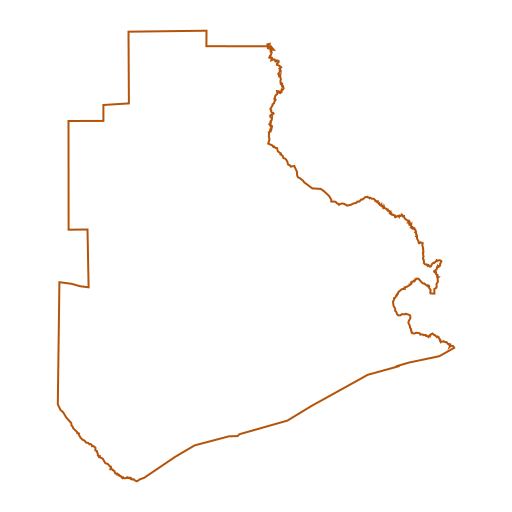 Sinda, Eastern, Zambia (Robinson projection)
{"feature_id": "96606910B72426001037260", "entity_name": "Sinda", "entity_type": "district", "adm_level": 2, "iso_a3": "ZMB", "parent_name": "Zambia", "parent_adm1": "Eastern", "projection": "robinson", "projection_center": [31.868, -14.258], "detail": "fine", "context": "isolated", "style": "outline", "palette": "amber", "viewbox_px": 512, "rotation_deg": 0, "n_neighbors": 0, "source": "geoboundaries", "source_scale": "gbopen_adm2", "svg_char_len": 6014}
<svg xmlns="http://www.w3.org/2000/svg" viewBox="0 0 512 512"><path d="M350.6,204.9L346.9,205.6L346.3,204.8L345.3,204.7L344.4,203.9L342.4,203.5L340.0,204.0L339.0,204.8L337.9,203.6L336.7,203.2L336.2,202.3L334.8,201.6L331.3,201.6L331.2,199.6L329.1,196.0L324.0,191.2L320.7,188.9L312.3,188.4L303.9,182.1L303.4,181.0L300.2,178.4L298.0,177.3L297.2,175.7L296.9,171.7L294.3,166.0L290.7,166.6L290.2,165.5L288.0,164.4L287.3,161.6L286.3,159.8L285.2,158.7L283.3,158.0L282.8,156.1L281.1,154.8L281.0,153.9L280.4,154.0L280.5,153.2L277.9,151.4L277.0,148.1L275.5,147.9L273.8,146.4L273.3,146.9L272.3,145.4L268.2,143.6L269.5,139.4L268.8,136.2L269.1,133.2L268.8,132.4L269.6,132.1L270.3,129.7L270.9,130.6L271.4,129.3L271.1,128.4L271.7,127.9L272.0,126.1L271.5,125.6L270.7,126.2L269.3,124.2L269.8,123.5L270.4,123.8L271.0,122.2L270.5,121.6L270.8,120.8L271.6,120.2L271.9,118.9L272.0,117.4L271.4,117.7L270.5,117.2L270.2,115.5L271.0,115.0L272.0,115.1L273.6,113.4L273.2,112.9L272.2,113.4L271.1,111.2L271.3,110.2L270.3,109.0L272.6,105.3L272.5,104.3L274.0,103.3L274.5,101.3L275.6,99.9L275.3,99.1L274.4,98.9L275.5,95.4L277.0,94.3L277.3,92.8L277.0,91.1L279.2,91.4L279.6,92.0L279.3,92.8L280.2,93.1L281.6,91.9L281.2,91.3L281.7,89.5L282.6,89.8L283.6,88.4L283.0,85.9L282.3,85.2L282.0,85.9L281.8,85.3L282.1,83.5L281.6,83.3L281.3,84.1L280.8,84.0L280.4,81.1L280.9,79.4L280.1,76.1L280.3,75.0L279.1,76.1L278.3,73.7L279.7,72.3L279.7,71.4L280.5,71.6L280.8,71.1L280.2,70.3L280.3,69.2L279.4,68.6L281.1,67.2L279.2,65.7L276.9,64.8L277.0,63.7L278.7,62.0L278.5,60.8L276.5,60.5L276.2,61.4L275.5,61.5L274.7,59.6L273.9,59.3L271.3,60.3L272.0,57.8L270.7,57.1L269.9,57.9L269.3,57.6L270.0,55.8L271.0,54.8L271.7,52.3L270.6,51.6L271.2,50.4L270.4,49.7L271.3,48.9L271.2,49.6L273.7,49.8L270.8,46.3L270.4,47.1L268.4,48.4L267.9,48.2L267.9,47.3L269.5,43.9L267.4,44.3L267.5,45.4L267.0,46.2L266.3,46.3L206.4,46.2L206.5,30.7L128.5,31.7L128.9,103.4L103.4,105.0L103.4,120.9L68.5,121.0L68.6,229.7L87.5,229.5L88.6,287.3L79.9,286.2L71.5,283.8L59.4,282.2L57.8,404.3L60.5,410.0L63.2,412.3L66.3,417.6L71.2,423.0L71.6,425.6L72.9,427.0L73.2,428.3L77.4,432.4L77.3,433.1L78.9,433.5L78.7,434.4L80.5,437.7L82.5,439.7L84.6,440.7L86.1,442.6L88.2,442.9L89.4,444.3L90.6,444.0L92.2,445.5L92.1,446.2L93.6,446.2L95.4,447.7L95.4,450.4L96.9,451.1L97.1,452.3L97.7,453.2L97.8,455.2L98.5,455.6L98.8,456.7L99.8,456.2L100.0,457.4L102.6,458.5L105.2,463.0L108.1,464.2L109.9,466.5L110.8,466.6L111.1,467.4L110.4,469.2L112.5,469.4L112.8,470.2L114.5,471.1L115.1,473.3L116.3,473.5L116.9,474.3L117.4,473.8L118.4,475.2L119.0,474.8L119.9,476.0L120.8,476.1L121.7,477.6L122.6,478.2L123.1,477.4L123.5,478.0L124.5,478.3L126.4,478.0L126.6,477.6L127.6,477.9L127.8,477.4L129.0,478.1L129.7,477.8L130.3,478.5L130.7,477.9L131.6,478.6L131.8,479.4L133.9,479.4L134.7,480.4L137.0,481.3L139.9,479.3L144.2,477.8L174.9,457.0L194.6,445.4L229.0,436.3L237.5,436.1L239.5,434.2L287.4,420.6L311.4,406.0L367.7,374.8L398.1,366.4L397.5,365.9L409.2,362.5L439.3,356.2L454.2,347.8L453.2,346.2L451.9,345.7L451.0,345.8L449.7,346.9L450.2,345.5L449.2,344.9L449.5,344.5L449.8,344.9L450.0,344.3L447.6,343.7L446.6,342.1L445.3,342.2L443.5,341.2L442.9,341.7L441.5,341.5L440.8,342.2L439.9,340.6L440.3,339.8L439.2,338.7L438.4,336.8L437.1,336.5L436.8,337.0L435.0,335.1L434.2,335.1L432.5,333.5L430.8,334.5L430.0,336.1L429.5,335.5L428.4,337.0L427.7,336.2L426.3,336.0L426.4,335.5L425.6,334.9L423.7,335.2L422.4,334.4L420.3,334.6L420.0,333.6L419.4,333.2L416.2,332.7L414.7,333.5L412.2,333.2L411.5,332.6L411.7,331.4L411.0,330.5L411.1,329.2L410.0,327.6L409.9,326.1L408.4,322.8L408.6,321.5L410.4,318.0L410.3,315.9L409.6,315.1L405.9,313.7L404.7,314.4L402.0,314.1L400.4,315.3L398.2,315.3L397.1,314.2L396.2,311.8L395.1,310.7L395.2,308.9L393.5,305.7L393.0,301.8L394.0,299.6L394.1,298.1L395.3,297.7L396.1,295.9L396.9,295.5L396.7,294.4L397.9,293.8L398.4,292.0L402.0,289.1L404.8,288.9L404.5,287.4L406.7,286.9L409.7,285.0L409.7,284.5L410.4,284.6L411.5,283.5L411.1,282.7L411.5,281.8L414.1,281.4L414.0,280.7L414.9,280.6L415.2,279.4L415.9,279.4L416.3,278.6L418.6,278.8L421.7,282.4L423.1,283.5L424.1,283.4L427.3,285.9L427.9,285.3L428.9,285.6L429.1,286.4L428.6,286.6L428.7,287.2L430.7,290.2L430.2,292.6L430.5,293.4L434.4,293.6L434.3,289.1L436.5,287.6L436.6,283.9L437.9,281.7L437.5,277.8L438.4,277.1L437.2,276.9L437.0,276.0L437.6,275.1L436.0,274.0L436.1,272.1L435.3,271.6L434.5,272.1L434.1,271.3L436.8,269.1L436.8,267.9L437.5,267.4L437.2,267.0L437.8,265.7L438.8,266.7L440.1,265.6L440.1,263.9L441.4,261.2L439.8,260.2L437.9,260.6L436.8,260.2L436.7,261.2L436.1,261.1L434.4,262.9L433.5,262.7L431.9,264.2L430.9,266.4L430.2,266.7L429.0,266.1L428.6,265.0L428.1,264.9L427.5,265.7L426.8,264.5L425.2,264.4L424.4,263.7L423.8,262.8L424.1,262.1L423.5,260.1L423.7,259.7L423.0,258.7L423.0,257.6L423.6,256.4L423.0,254.4L423.3,253.4L422.9,252.6L423.5,251.5L422.9,248.9L423.2,248.3L422.3,245.2L422.7,243.2L420.4,242.3L419.5,243.2L418.8,243.1L418.4,241.0L417.0,238.5L417.0,236.7L416.1,236.3L416.9,235.0L416.1,234.1L416.0,232.0L415.3,232.0L415.6,231.1L415.3,229.6L414.4,229.2L414.3,228.3L412.8,228.8L412.1,228.3L412.5,227.8L411.2,227.5L411.9,226.8L411.1,226.5L411.2,224.5L410.7,225.2L409.3,224.7L409.7,223.5L408.2,222.8L409.6,221.9L408.9,220.6L407.8,220.8L405.5,219.2L404.2,217.5L404.0,216.0L402.9,216.4L402.0,214.6L401.7,214.5L401.7,215.3L400.7,216.0L399.5,215.6L399.1,216.7L398.7,215.9L397.9,215.9L395.3,217.3L394.9,216.9L395.1,215.6L392.8,214.6L392.3,214.9L391.4,214.4L391.2,213.6L390.4,213.8L390.1,213.3L390.6,212.7L389.7,212.6L390.2,211.3L388.0,210.8L387.8,209.5L386.9,209.7L386.5,208.9L385.1,208.2L383.8,208.2L384.3,207.5L384.0,206.6L383.8,207.4L382.6,206.8L382.3,206.1L381.8,206.1L381.6,205.1L381.3,205.8L380.0,205.0L379.9,204.3L379.0,203.9L379.1,203.1L378.5,203.3L377.9,201.9L377.5,202.0L377.6,201.3L376.7,201.5L375.7,200.6L375.9,201.3L375.5,201.2L374.6,199.5L373.7,198.8L371.7,198.7L370.6,197.9L369.8,198.2L369.7,197.7L368.1,197.5L367.5,196.8L365.2,197.2L362.6,199.5L361.3,199.4L359.3,201.6L357.4,201.5L356.3,202.9L353.1,203.6L350.6,204.9Z" fill="none" stroke="#b45309" stroke-width="2"/></svg>